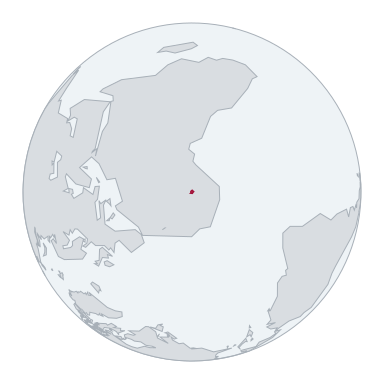 Kossi on an orthographic globe, rotated 233°
{"feature_id": "BFA-2802", "entity_name": "Kossi", "entity_type": "Province", "adm_level": 1, "iso_a3": "BFA", "parent_name": "Burkina Faso", "parent_adm1": "", "projection": "orthographic", "projection_center": [-3.893, 12.938], "detail": "fine", "context": "on_globe", "style": "filled", "palette": "rose", "viewbox_px": 384, "rotation_deg": 233, "n_neighbors": 0, "source": "natural_earth", "source_scale": "10m", "svg_char_len": 9070}
<svg xmlns="http://www.w3.org/2000/svg" viewBox="0 0 384 384"><g transform="rotate(233 192 192)"><circle cx="192" cy="192" r="169" fill="#eef3f6" stroke="#a8b0b8"/><path d="M146.3,29.4L145.3,29.7L129.2,36.2L132.4,35.2L128.3,37.8L130.4,37.8L126.8,39.5L131.6,38.1L134.5,36.6L137.6,35.6L139.1,35.6L134.8,37.6L133.4,37.9L132.9,38.5L130.1,39.6L132.4,39.1L126.9,41.9L134.5,39.3L132.0,41.6L127.8,43.5L125.5,43.0L109.8,48.0L104.9,50.7L100.2,54.3L97.4,61.2L93.1,64.6L89.3,69.4L92.9,67.3L97.2,63.0L103.1,60.9L107.6,56.3L110.7,55.0L116.5,51.0L118.6,52.0L117.5,55.4L112.8,59.0L112.2,60.8L119.1,58.1L112.7,66.1L112.5,74.0L110.5,76.3L102.3,78.9L96.1,76.6L85.4,81.9L95.4,79.2L90.2,85.9L90.6,87.6L92.7,87.9L95.8,85.7L94.7,88.5L84.4,91.7L85.3,89.2L88.5,88.1L85.6,87.3L78.6,90.4L76.6,94.1L68.3,96.5L66.7,99.3L64.0,101.7L67.1,96.9L61.4,105.9L51.3,113.1L43.4,129.9L47.9,115.6L47.5,112.9L46.3,111.7L44.9,114.3L45.3,110.4L42.2,114.2L36.2,126.7L32.2,137.6L32.3,140.3L34.6,135.2L36.0,135.7L30.1,150.1L31.7,155.3L28.8,166.8L28.6,173.8L30.6,173.7L32.3,178.2L35.2,172.4L39.2,170.5L37.5,180.1L41.1,172.3L42.3,178.0L51.2,181.1L50.1,183.0L57.3,197.4L67.9,205.5L70.4,213.2L68.8,217.3L73.1,219.6L73.2,222.4L92.6,230.8L104.5,239.8L105.5,249.7L98.1,259.5L97.6,281.5L86.0,286.1L87.2,294.5L85.3,305.1L77.8,302.1L84.2,309.1L83.6,311.8L79.8,310.7L82.9,314.9L80.3,313.9L84.7,317.5L86.2,321.4L92.4,326.4L94.9,329.5L99.0,332.4L97.9,331.8L98.2,332.3L100.1,333.6L94.2,329.7L86.1,323.5L83.4,321.0L81.8,319.9L75.6,313.1L76.0,314.0L65.7,301.9L60.2,292.5L46.4,262.0L42.9,254.9L36.4,244.9L28.1,217.8L28.3,208.9L27.4,203.5L30.6,191.8L31.1,178.3L30.3,175.7L28.7,179.7L27.3,168.9L28.6,158.2L30.5,142.2L34.5,130.8L39.3,119.8L44.8,109.1L51.1,98.8L58.0,89.0L65.7,79.7L74.0,71.0L82.9,63.0L92.4,55.5L102.4,48.8L112.8,42.8L123.6,37.5L134.8,33.0L146.3,29.4ZM40.7,135.4L42.8,146.9L39.3,146.0L40.4,144.8L40.4,140.6L39.5,135.9L37.1,136.0L40.7,135.4ZM46.8,127.7L46.3,126.5L47.1,127.0L46.8,127.7ZM114.9,50.7L115.6,50.9L114.2,51.5L114.9,50.7ZM116.7,49.0L114.5,49.7L115.0,49.0L116.4,48.6L116.7,49.0ZM119.4,48.3L116.2,47.7L117.2,46.5L123.3,44.0L119.4,48.3ZM134.8,36.2L131.8,37.7L132.9,36.5L134.8,36.2ZM134.7,35.6L133.7,34.1L138.9,32.1L138.2,32.9L143.8,30.6L146.8,30.3L144.4,31.5L140.5,32.8L144.6,31.8L134.7,35.6ZM138.9,35.1L138.2,34.8L142.7,33.0L144.8,33.3L142.7,33.7L138.9,35.1ZM143.7,30.4L147.4,29.3L150.9,28.6L152.8,28.2L147.3,30.2L143.7,30.4ZM142.5,34.2L145.8,33.5L145.1,34.4L139.9,35.3L142.5,34.2ZM142.9,32.5L145.1,31.7L144.6,32.2L142.9,32.5ZM144.5,38.1L143.6,37.4L145.8,36.4L144.5,38.1ZM147.1,33.2L147.3,32.9L148.1,32.5L150.1,32.3L147.1,33.2ZM150.2,29.7L150.8,29.8L152.6,28.9L155.2,28.7L151.1,30.1L154.0,29.4L154.8,29.3L150.5,30.6L150.2,29.7ZM154.5,31.0L150.2,33.3L151.3,34.5L149.4,35.4L147.8,33.3L154.5,31.0ZM152.5,30.6L153.3,31.0L150.5,31.8L148.2,32.0L152.5,30.6ZM158.6,28.1L155.5,28.0L156.5,27.7L158.6,28.1ZM155.4,31.2L156.4,30.7L155.8,31.2L155.4,31.2ZM158.2,28.8L157.0,28.7L158.2,28.4L158.2,28.8ZM159.5,29.8L158.1,30.5L156.5,30.5L159.5,29.8ZM159.4,29.2L161.3,28.8L156.8,30.2L158.6,29.2L159.4,29.2ZM159.5,28.5L159.8,28.3L159.9,28.5L159.5,28.5ZM166.3,29.4L161.0,31.2L157.5,31.2L163.2,29.4L166.3,29.4ZM106.0,337.2L95.6,330.8L100.6,333.9L99.3,332.7L106.5,336.9L106.0,337.2ZM104.2,334.1L105.5,333.9L107.2,334.8L106.6,335.2L104.2,334.1ZM347.4,125.6L347.1,125.1L349.2,131.1L353.7,150.6L357.2,166.4L357.5,174.8L350.5,154.6L345.0,140.2L344.0,142.8L335.6,132.8L325.5,136.9L322.7,133.5L321.1,136.2L315.0,134.0L310.2,128.5L307.1,130.0L319.5,144.4L322.6,143.0L323.4,135.6L326.4,141.2L332.1,145.0L330.6,161.7L313.3,181.0L309.4,169.4L284.9,140.7L284.4,136.9L284.2,136.6L283.7,135.9L283.8,142.1L278.8,136.5L294.3,156.9L297.8,166.3L313.1,181.8L312.2,184.0L316.5,186.8L327.4,178.9L327.9,183.0L324.1,203.3L307.1,233.0L308.1,249.3L304.7,263.8L291.4,275.5L289.8,286.0L282.5,290.9L280.2,296.9L272.8,304.0L261.4,311.2L245.0,313.4L246.1,308.3L241.2,298.8L235.3,274.2L241.8,261.6L241.2,252.3L229.1,232.1L231.9,219.9L228.1,215.1L220.7,216.9L216.0,211.2L211.3,211.4L180.0,217.1L169.2,209.5L153.2,185.7L157.9,176.0L156.5,164.8L187.1,126.4L196.2,128.1L223.1,121.4L227.0,122.4L226.5,130.9L249.0,139.1L253.0,131.4L270.6,134.8L280.5,132.9L279.2,116.9L262.9,119.5L257.3,112.6L268.3,104.1L282.1,102.7L280.4,100.0L269.4,95.3L270.2,89.8L265.3,93.4L269.0,95.7L266.0,98.2L262.4,96.3L262.8,94.3L258.0,93.8L257.1,104.3L260.8,107.9L249.6,111.4L254.7,117.9L252.4,121.5L243.0,112.1L242.2,108.3L226.5,99.3L226.4,103.5L241.1,112.5L237.6,112.1L237.5,118.7L234.8,113.4L218.7,103.2L207.0,107.0L196.1,124.0L188.5,125.9L180.2,123.3L180.2,107.2L197.3,104.7L197.5,99.8L190.6,93.3L196.4,93.4L195.7,90.7L201.9,89.8L207.2,82.8L212.9,81.6L211.8,73.8L214.5,72.3L214.4,77.2L217.4,80.3L231.3,78.2L233.0,76.3L231.1,71.6L235.2,72.0L231.6,67.8L238.0,65.2L227.2,65.1L224.7,60.4L226.8,56.5L224.0,55.2L220.7,61.7L221.1,64.4L224.5,66.7L223.9,75.2L219.8,77.1L213.1,68.8L206.6,70.9L204.3,64.2L214.8,49.4L220.9,46.5L237.8,50.2L238.2,53.0L232.4,52.8L240.8,56.8L238.7,54.6L242.0,55.2L240.5,51.5L242.8,51.8L237.4,48.1L240.1,48.0L243.4,50.4L243.5,45.7L248.1,45.2L247.0,44.1L244.5,43.0L252.1,43.5L250.9,42.7L248.0,42.2L243.8,40.4L239.3,37.6L242.2,37.9L244.2,38.9L252.7,41.9L257.6,45.1L258.3,45.0L254.8,42.3L244.4,38.6L240.9,36.9L245.8,38.2L243.7,37.6L242.9,36.9L244.7,36.6L239.3,35.0L226.2,28.6L228.5,28.0L234.3,29.5L228.1,27.1L230.2,27.4L242.0,30.6L253.5,34.6L264.7,39.5L275.5,45.1L285.9,51.5L295.8,58.7L305.1,66.5L313.9,75.0L322.0,84.1L329.5,93.7L336.2,103.9L342.2,114.5L347.4,125.6ZM179.7,145.6L179.6,148.9L179.5,149.0L179.7,145.6ZM299.1,109.6L305.9,108.5L298.9,99.9L301.0,98.9L297.8,96.6L298.4,99.3L290.1,92.9L291.7,89.6L288.8,86.0L286.4,86.2L284.9,93.5L296.7,102.4L296.8,106.6L299.1,109.6ZM51.6,181.1L52.4,183.4L50.8,182.9L51.6,181.1ZM37.7,149.6L38.7,150.5L38.8,152.4L37.8,152.3L37.7,149.6ZM49.0,155.9L50.7,157.5L48.4,157.4L49.0,155.9ZM43.4,148.5L47.6,154.9L43.2,156.0L40.8,152.1L43.1,152.5L43.4,148.5ZM43.9,132.7L44.3,133.8L43.4,135.4L43.9,132.7ZM47.4,128.1L47.1,128.1L47.4,126.5L47.4,128.1ZM90.8,85.7L91.6,85.6L93.1,86.4L91.4,87.2L90.8,85.7ZM106.4,84.8L104.2,89.2L104.5,86.3L101.6,87.9L98.6,84.2L109.4,77.4L105.0,80.9L106.4,84.8ZM97.6,78.0L98.3,80.7L97.1,78.0L97.6,78.0ZM185.8,78.5L189.0,79.8L188.2,82.9L180.9,85.8L181.9,81.2L185.8,78.5ZM193.6,81.0L189.0,72.8L193.4,71.1L191.7,73.3L195.0,73.0L193.3,76.7L201.9,83.7L201.8,87.1L188.4,89.8L192.9,86.8L189.5,85.5L193.6,81.0ZM169.6,59.0L167.6,56.7L179.6,55.9L180.0,58.3L172.8,61.0L168.0,59.8L169.6,59.0ZM130.6,44.6L129.1,44.6L130.3,43.9L132.6,43.3L130.6,44.6ZM143.9,37.8L138.5,44.2L136.5,44.4L135.7,48.5L130.1,50.7L130.8,47.9L126.0,53.0L124.3,51.4L121.6,55.0L123.7,48.4L122.0,47.6L126.0,47.6L131.2,45.4L132.9,44.2L136.6,40.4L135.6,38.0L140.6,35.9L144.3,35.1L145.3,35.3L141.8,36.5L145.7,36.0L141.3,38.0L143.9,37.8ZM185.8,33.2L181.2,33.4L188.3,34.9L184.0,35.9L185.1,36.1L183.0,37.6L182.4,39.8L180.1,40.1L180.9,40.9L179.5,42.1L179.8,43.3L175.7,44.5L175.7,46.2L173.7,45.8L174.8,48.5L172.1,47.1L170.2,48.9L173.8,49.3L150.8,54.9L143.3,59.2L138.4,63.8L134.5,61.3L136.5,55.8L141.8,49.6L149.6,46.2L146.4,46.0L149.2,44.4L150.6,45.2L150.1,43.0L152.8,42.0L157.5,38.0L155.2,36.1L156.9,34.8L159.1,35.1L159.2,33.7L164.6,33.4L165.9,32.6L172.5,31.8L176.0,33.2L177.3,32.2L182.3,31.9L185.8,33.2ZM168.2,29.2L173.4,30.1L173.6,31.3L162.1,32.2L160.1,33.0L152.7,34.2L152.6,32.6L154.7,32.3L156.8,31.8L156.0,32.5L158.1,31.5L161.1,31.2L163.6,30.5L164.6,30.9L168.2,29.2ZM229.7,118.9L232.3,118.9L236.1,118.1L236.1,122.5L229.7,118.9ZM218.6,112.0L220.8,111.2L222.7,116.5L220.0,116.6L218.6,112.0ZM220.4,106.6L220.8,110.8L218.9,108.6L220.4,106.6ZM216.3,76.4L218.4,75.6L219.2,76.6L218.8,78.4L216.3,76.4ZM205.8,39.7L203.2,39.2L203.4,38.7L199.5,36.6L202.4,35.9L205.9,36.9L205.8,39.7ZM277.4,120.0L275.5,123.5L273.5,122.3L274.6,121.3L277.4,120.0ZM255.6,123.1L261.3,124.4L255.5,124.3L255.6,123.1ZM208.3,38.6L206.4,37.8L209.0,38.0L208.3,38.6ZM204.3,35.4L207.2,35.4L202.3,35.6L204.3,35.4ZM298.7,323.0L297.1,324.3L296.1,325.0L298.7,323.0ZM324.5,256.5L311.0,283.0L305.7,284.5L306.8,277.7L313.2,262.1L320.1,256.2L324.1,248.6L324.5,256.5ZM357.6,167.8L359.4,176.3L359.2,178.7L357.6,167.8ZM230.3,34.8L232.5,38.2L236.0,40.9L241.0,42.5L234.9,42.0L229.5,37.8L230.3,34.8ZM226.4,29.1L222.0,28.2L223.2,28.1L224.4,28.3L226.4,29.1ZM224.3,29.0L220.2,29.1L217.3,28.3L221.1,28.3L224.3,29.0ZM214.5,33.0L214.9,33.9L212.8,33.6L214.5,33.0ZM217.6,25.1L213.7,24.4L219.1,25.3L217.6,25.1Z" fill="#d9dde1" stroke="#a8b0b8" stroke-width="1"/><path d="M191.8,190.3L191.8,190.5L191.7,190.6L191.8,190.7L192.0,190.7L192.2,190.8L192.3,190.8L192.5,191.0L192.9,191.2L193.0,191.3L193.2,191.6L193.2,191.8L193.2,192.0L193.2,192.3L193.3,192.4L193.3,192.6L193.2,192.6L193.1,192.8L193.0,193.0L193.0,193.3L192.9,193.3L192.7,193.2L192.3,193.2L192.2,193.2L191.9,193.2L191.8,193.3L191.7,193.4L191.7,193.5L191.4,193.6L191.3,193.3L191.2,193.2L191.2,192.9L191.2,192.7L191.1,192.4L191.0,192.2L191.0,191.9L190.9,191.8L190.8,191.6L190.7,191.5L190.7,191.4L190.8,191.3L191.0,191.3L191.0,191.2L191.3,190.9L191.4,190.7L191.5,190.6L191.8,190.5L191.8,190.4L191.7,190.4L191.8,190.3Z" fill="#f43f5e" stroke="#9f1239" stroke-width="1.5"/></g></svg>